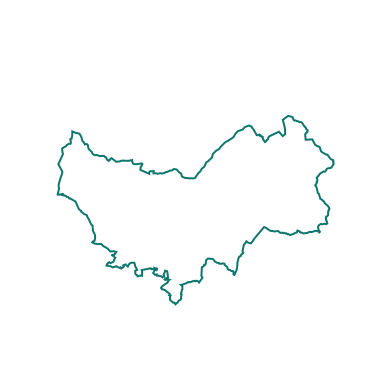 Corund, Harghita, Romania, rotated 24°
{"feature_id": "2599482B38498090417182", "entity_name": "Corund", "entity_type": "district", "adm_level": 2, "iso_a3": "ROU", "parent_name": "Romania", "parent_adm1": "Harghita", "projection": "mercator", "projection_center": [25.218, 46.501], "detail": "fine", "context": "isolated", "style": "outline", "palette": "teal", "viewbox_px": 384, "rotation_deg": 24, "n_neighbors": 0, "source": "geoboundaries", "source_scale": "gbopen_adm2", "svg_char_len": 6077}
<svg xmlns="http://www.w3.org/2000/svg" viewBox="0 0 384 384"><g transform="rotate(24 192 192)"><path d="M324.8,177.1L325.0,176.3L324.7,176.0L323.4,175.5L321.4,172.9L321.3,171.0L322.6,168.9L324.4,168.4L325.9,167.1L327.6,166.9L328.3,165.7L327.7,165.3L327.2,164.0L326.2,163.4L324.6,160.8L324.6,159.9L325.3,159.2L325.7,157.8L324.2,154.0L324.5,152.9L324.2,152.7L324.3,151.3L322.4,149.7L317.7,148.2L317.3,147.6L315.2,146.5L314.8,146.7L314.0,146.2L312.0,146.0L308.9,142.3L308.4,141.9L307.4,141.8L304.4,137.7L302.8,136.2L302.0,136.0L301.9,135.2L302.3,133.6L302.1,133.0L302.2,132.5L301.8,132.0L302.0,131.0L301.7,130.0L300.1,128.3L300.6,127.6L300.4,126.9L301.0,125.6L301.5,122.9L302.8,121.4L303.5,119.9L305.0,119.5L305.4,118.9L305.7,117.4L305.6,116.6L306.1,115.5L307.5,114.4L308.5,114.0L309.5,112.8L309.4,112.3L310.0,109.5L309.9,108.7L309.6,108.1L309.1,107.9L309.1,107.1L308.5,106.7L308.3,105.7L308.0,105.4L305.4,105.6L300.5,102.8L299.5,103.2L294.9,102.8L293.2,102.3L290.7,99.3L289.2,98.8L287.6,99.2L284.9,98.5L280.5,95.0L274.6,98.0L271.9,93.3L272.1,92.9L272.0,92.1L273.0,90.4L272.5,89.8L272.7,89.3L272.5,88.5L270.3,87.8L270.0,87.2L268.6,86.4L268.2,86.5L264.4,84.0L263.1,83.8L261.5,84.5L260.2,84.2L259.3,84.6L257.5,84.5L256.5,85.1L255.1,84.5L253.4,82.7L248.9,83.3L245.6,89.1L251.3,96.4L253.5,101.2L253.3,101.9L252.2,104.0L246.9,101.6L239.8,109.9L239.6,111.7L240.0,112.5L240.0,113.0L239.3,114.0L238.9,116.0L238.4,116.7L235.6,115.1L234.8,114.0L233.9,113.6L233.6,113.1L233.8,112.9L233.4,112.8L232.6,112.9L231.1,112.2L230.4,112.3L230.5,112.6L230.1,112.4L230.0,112.7L229.8,112.6L229.6,113.0L228.0,113.7L222.5,109.7L219.4,108.0L217.1,108.1L216.4,108.7L214.1,110.9L212.7,114.6L209.5,117.4L208.0,120.8L207.7,124.3L207.3,125.6L204.5,129.8L204.4,130.3L202.8,132.0L201.7,134.0L199.6,139.6L199.5,141.3L197.2,144.6L195.8,148.2L195.6,149.0L196.2,152.4L194.1,157.5L193.0,159.0L192.9,163.9L191.5,166.6L191.1,169.9L190.8,171.0L190.2,171.8L189.1,177.9L187.9,178.9L184.0,180.6L179.8,182.0L177.1,182.0L176.4,181.9L174.7,179.7L172.0,179.2L169.9,178.1L168.4,177.7L166.1,178.4L164.8,180.5L163.4,181.3L161.3,183.6L160.0,184.4L159.1,185.8L156.8,187.5L155.3,187.7L153.4,189.3L152.0,189.4L149.2,190.6L148.6,188.5L145.6,189.9L144.9,190.6L145.1,192.2L145.5,192.8L135.9,192.8L134.9,190.0L135.4,187.9L135.3,186.7L134.5,186.3L130.0,189.2L127.9,190.0L126.7,190.0L124.9,188.5L124.3,187.2L121.2,189.4L116.0,191.5L114.7,192.2L113.6,193.4L110.4,195.2L104.7,193.8L104.0,195.0L103.8,196.5L103.2,196.5L102.8,197.2L103.1,197.3L102.9,197.5L101.0,196.9L99.5,195.4L99.1,195.6L96.8,194.8L93.4,196.7L89.9,196.9L88.0,198.0L85.7,197.6L84.2,196.2L80.3,194.8L79.0,193.5L78.0,191.7L77.1,191.1L76.3,191.1L74.8,191.7L74.7,192.0L73.2,190.8L71.1,189.9L68.2,186.4L65.4,184.5L61.2,185.3L58.0,185.3L59.8,189.6L60.0,191.4L60.4,192.1L59.3,193.4L61.2,195.8L61.5,197.2L59.9,198.1L58.6,199.9L58.3,201.3L55.9,204.5L55.7,205.3L57.7,208.7L58.7,209.7L58.6,221.0L65.2,226.0L65.9,228.1L66.2,233.0L67.1,238.9L68.0,241.4L69.1,242.7L70.3,249.0L71.8,248.5L72.4,247.7L74.3,247.7L74.2,246.6L74.9,246.3L75.6,246.6L76.1,247.3L78.5,246.9L79.5,247.4L80.6,247.0L82.7,247.9L83.3,247.4L89.5,248.1L95.3,253.4L97.8,254.4L98.4,254.3L98.8,255.0L102.2,255.9L105.4,256.0L106.2,257.1L108.4,258.5L112.9,262.4L115.0,263.4L117.2,267.6L121.0,270.9L122.3,273.6L122.6,275.6L122.8,276.0L122.8,276.4L121.9,277.0L121.3,278.6L123.7,278.8L127.6,277.7L130.3,276.4L132.6,277.4L138.1,278.0L141.6,279.6L144.4,278.0L147.2,277.6L146.8,279.9L145.8,281.3L144.6,282.0L144.7,282.3L145.6,282.5L146.5,281.9L148.3,283.6L148.6,283.5L148.4,285.9L148.7,286.9L148.4,288.0L146.4,290.2L144.9,289.8L144.2,290.8L144.2,291.6L143.7,292.5L143.8,294.0L148.1,292.9L150.1,293.2L153.2,290.5L153.8,290.9L157.1,290.7L157.4,289.9L158.4,290.6L159.7,289.0L160.1,287.9L158.9,287.1L160.7,285.2L163.7,286.2L163.9,283.4L164.7,281.9L165.5,281.2L168.1,280.1L170.8,283.4L172.5,284.5L173.5,285.6L172.1,287.0L173.5,289.7L174.3,290.2L176.6,290.6L176.7,291.0L178.0,289.9L178.8,289.7L179.5,288.8L180.5,288.8L178.9,285.2L177.8,283.8L185.3,278.5L186.3,278.9L186.5,278.5L188.3,278.3L189.1,276.9L188.9,276.7L190.3,276.7L190.4,276.3L191.2,276.2L191.5,277.9L189.8,278.2L189.5,281.8L192.0,282.7L193.3,281.6L194.1,282.7L195.4,282.0L196.2,282.1L198.2,281.5L199.9,282.0L200.2,280.6L201.0,280.5L199.7,278.7L199.7,276.1L199.4,274.8L201.6,274.5L204.9,279.8L203.9,280.8L203.6,281.9L202.8,282.2L202.6,283.1L203.6,283.1L205.0,281.7L207.0,281.4L206.5,282.1L206.7,282.7L206.4,283.3L206.6,283.7L206.2,284.3L206.4,284.9L203.8,289.0L202.9,290.8L202.7,292.2L204.1,293.1L205.2,292.7L207.7,292.7L213.1,294.2L213.1,295.5L214.5,295.2L214.6,297.0L215.7,299.4L219.8,300.8L220.9,300.2L222.6,301.3L222.9,300.3L223.9,298.8L223.8,297.8L224.0,297.0L225.3,295.0L225.3,294.0L225.5,293.8L224.7,292.4L224.2,289.9L223.7,290.0L223.1,288.9L223.3,288.7L222.6,285.4L222.8,284.8L221.7,282.4L220.7,281.6L219.7,281.3L221.5,280.2L222.1,279.2L224.1,277.6L224.3,276.7L225.2,275.9L225.7,275.9L226.2,275.3L227.0,275.2L228.9,273.2L230.1,272.7L230.2,272.3L231.4,272.1L231.8,271.4L233.4,271.0L235.3,271.8L236.4,266.0L234.7,264.8L231.6,256.7L232.3,256.2L232.8,254.7L232.7,253.7L233.5,253.6L233.7,253.1L233.7,251.6L233.3,251.1L232.7,248.2L233.7,246.3L238.2,244.7L241.6,246.3L243.7,246.4L245.5,246.0L246.0,246.4L248.1,245.6L248.9,244.8L250.8,244.3L251.6,245.4L254.8,246.3L255.6,247.5L257.0,248.3L258.2,247.7L260.2,248.2L261.6,247.6L262.3,247.8L263.2,250.0L263.6,249.9L264.0,250.5L264.4,250.5L264.5,249.9L264.5,245.2L263.3,240.6L262.0,237.6L261.9,235.7L261.5,234.3L261.4,231.8L262.5,230.9L262.4,229.3L263.5,227.3L263.6,226.6L262.3,225.9L260.8,218.9L261.4,217.6L261.8,214.9L263.9,215.5L266.8,214.9L268.3,207.8L272.1,194.7L274.6,194.7L278.7,195.5L280.5,195.4L281.1,194.9L283.2,194.6L286.6,192.6L289.0,193.4L289.7,193.3L290.7,192.5L292.1,192.5L292.9,191.8L294.9,191.8L295.2,191.4L296.7,191.7L297.0,191.3L299.4,191.4L299.8,190.7L301.7,189.2L302.9,187.3L304.0,186.6L304.3,185.8L303.9,184.4L304.0,184.3L306.4,184.2L307.0,184.9L308.1,184.8L308.8,184.4L310.5,184.6L314.3,182.3L315.3,180.8L317.6,179.9L320.6,177.2L322.4,176.6L324.8,177.1Z" fill="none" stroke="#0f766e" stroke-width="2"/></g></svg>